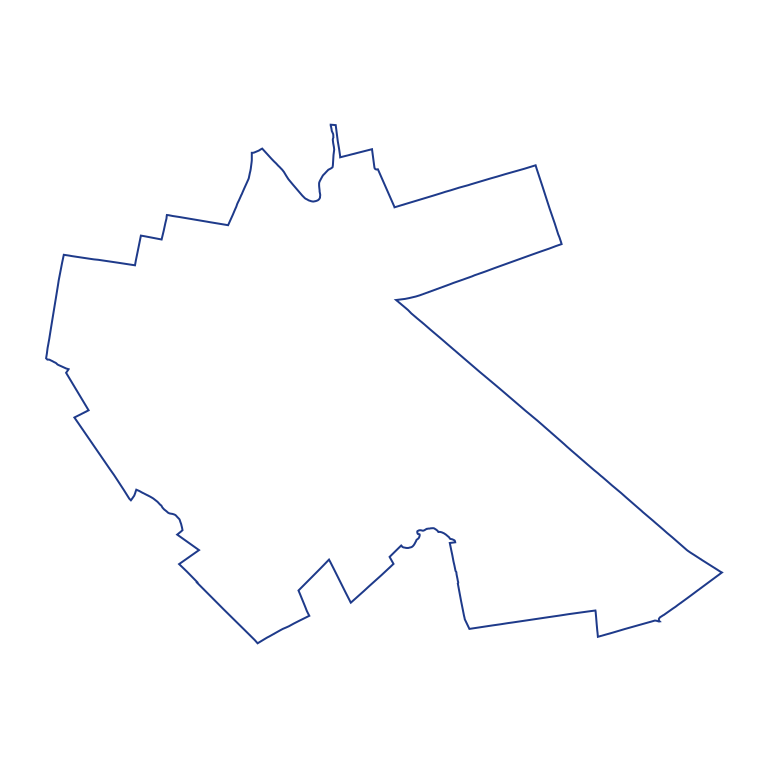 outline of Albesti-Paleologu, Prahova, Romania
{"feature_id": "2599482B19983322409894", "entity_name": "Albesti-Paleologu", "entity_type": "district", "adm_level": 2, "iso_a3": "ROU", "parent_name": "Romania", "parent_adm1": "Prahova", "projection": "equal_earth", "projection_center": [26.24, 44.93], "detail": "fine", "context": "isolated", "style": "outline", "palette": "blue", "viewbox_px": 768, "rotation_deg": 0, "n_neighbors": 0, "source": "geoboundaries", "source_scale": "gbopen_adm2", "svg_char_len": 6043}
<svg xmlns="http://www.w3.org/2000/svg" viewBox="0 0 768 768"><path d="M721.9,572.5L720.4,571.7L717.6,569.9L702.4,560.3L694.4,555.1L690.6,552.7L687.7,550.7L686.8,550.0L672.4,537.4L667.0,532.9L663.3,529.6L660.4,527.1L655.4,522.8L652.9,520.6L642.5,511.8L641.7,511.0L636.5,506.5L626.4,497.7L621.0,492.9L612.1,485.5L602.7,477.3L600.7,475.7L598.0,473.3L594.3,470.3L588.1,465.0L581.2,459.0L571.8,450.9L566.9,446.6L564.3,444.2L537.6,420.8L525.3,410.6L499.3,388.3L479.6,371.8L459.1,354.2L447.0,343.8L441.1,338.7L434.6,333.2L430.0,329.3L423.8,323.9L417.3,318.5L411.3,313.4L408.0,310.0L396.1,300.0L405.1,298.9L409.1,298.1L415.9,296.5L419.8,295.3L449.9,284.3L453.5,282.9L460.7,280.4L472.2,276.3L474.5,275.3L485.4,271.5L494.5,268.1L531.2,254.9L540.2,251.7L549.2,248.6L555.8,246.1L561.6,244.1L561.3,243.0L561.2,242.6L559.4,237.2L558.2,234.3L554.8,223.6L549.6,208.5L548.1,203.9L542.6,186.8L539.1,176.2L536.6,168.6L535.6,165.3L524.2,168.8L505.1,174.2L497.1,176.6L490.7,178.4L470.6,184.4L468.5,185.1L459.3,187.6L450.7,190.3L445.4,191.8L441.4,193.1L433.0,195.7L394.5,207.3L394.3,206.6L377.9,169.3L376.3,169.5L376.2,169.5L375.0,168.8L374.7,168.4L374.4,167.3L372.0,149.2L340.2,157.3L340.2,157.0L340.0,155.2L339.1,149.0L337.8,141.4L335.7,125.1L330.7,124.7L330.7,125.5L330.8,126.0L331.1,126.8L331.2,127.6L331.5,128.9L331.7,130.4L331.8,131.0L332.1,131.6L332.3,132.1L333.1,133.9L333.2,134.5L333.3,135.1L333.3,136.0L333.3,136.7L333.4,137.4L333.0,138.5L332.8,139.7L332.9,140.7L333.2,143.2L333.9,147.0L334.2,149.6L333.5,155.1L332.9,165.0L332.7,166.5L332.5,167.3L331.3,168.2L329.5,169.2L328.4,169.7L325.9,172.3L324.8,173.5L323.1,175.2L322.5,176.1L320.8,179.2L319.8,181.1L319.3,182.3L319.1,183.2L319.1,185.5L319.2,186.9L319.6,190.5L319.6,191.5L320.2,194.6L320.2,195.5L320.0,196.9L320.0,197.7L319.6,198.4L319.2,199.1L318.7,199.6L318.0,200.2L316.9,200.7L315.7,201.1L313.6,201.5L312.8,201.5L312.1,201.4L311.2,201.2L309.4,200.6L308.5,200.3L307.6,199.7L305.8,198.8L305.0,198.3L302.3,195.6L292.8,184.5L288.4,179.2L286.1,175.6L283.9,171.9L282.1,169.6L281.0,168.5L279.6,167.0L278.3,165.8L276.1,163.4L274.0,161.4L271.5,158.8L262.2,148.6L260.7,149.4L258.8,150.6L254.0,152.6L252.9,152.8L251.8,152.8L251.8,154.0L251.8,155.0L251.8,155.5L251.8,156.9L251.8,160.2L251.6,162.2L250.7,169.2L250.6,169.5L250.4,170.8L249.9,172.8L248.8,178.1L248.5,179.0L246.8,182.8L244.3,188.3L242.6,192.2L241.6,194.6L241.4,194.8L240.5,196.9L238.7,200.9L238.3,201.6L237.2,204.0L236.3,206.7L235.3,208.9L234.1,211.7L232.8,214.8L230.4,220.1L228.1,225.2L225.2,224.7L210.0,222.2L206.6,221.6L179.3,217.0L172.7,216.0L168.7,215.2L166.9,215.0L166.7,216.0L166.5,218.4L165.4,222.9L163.7,230.8L161.6,239.5L156.4,238.5L144.9,236.3L140.9,235.6L137.4,252.9L135.8,260.7L135.0,265.3L118.6,262.8L102.3,260.4L98.3,259.8L94.1,259.4L92.0,259.1L71.9,256.1L69.2,255.6L63.8,254.8L62.1,262.8L58.7,280.4L58.0,285.0L55.8,298.6L55.4,301.0L52.4,319.3L50.5,331.0L49.3,338.6L48.1,345.3L47.6,347.9L46.9,353.4L46.1,358.3L47.4,359.6L48.7,359.6L49.5,359.7L50.4,360.2L52.5,361.2L54.1,362.1L55.2,362.6L55.6,362.8L56.3,363.3L57.5,364.5L58.9,365.2L60.7,366.0L66.2,368.5L68.6,369.2L68.5,369.4L66.1,372.8L88.6,410.3L74.4,417.5L106.7,464.5L110.0,469.3L114.1,475.1L123.9,490.1L129.3,498.7L130.9,500.3L131.6,499.4L133.0,497.4L134.2,495.7L135.2,493.1L135.6,491.7L136.3,489.7L139.1,490.9L140.6,491.7L141.6,492.3L150.1,496.6L152.0,497.7L153.3,498.5L157.5,501.8L160.2,504.7L160.7,505.1L161.3,505.5L162.4,507.5L164.1,509.4L166.4,511.2L168.2,512.8L169.5,513.4L170.5,513.6L172.4,513.9L174.3,514.5L175.5,515.1L176.2,515.8L177.0,516.7L179.3,519.1L179.6,519.6L180.5,522.3L181.1,523.9L182.1,528.0L182.5,530.2L180.8,531.7L177.2,534.6L199.0,550.1L179.1,564.1L186.8,571.5L197.3,582.2L196.9,582.5L200.5,586.1L223.7,609.4L238.0,623.5L243.8,629.2L254.8,640.1L257.6,643.3L264.2,639.3L267.4,637.4L269.0,636.6L280.2,630.3L282.8,628.9L286.1,627.5L288.8,626.3L293.7,623.6L299.0,620.9L308.9,616.0L309.3,615.8L308.4,614.1L306.8,610.9L305.6,607.8L304.4,604.8L300.1,594.3L298.5,590.5L318.5,570.4L323.2,565.6L329.0,559.6L330.3,562.0L334.1,569.5L345.8,592.9L350.0,601.1L350.6,602.4L350.8,602.7L363.8,591.1L368.9,586.4L381.5,575.1L393.5,563.9L389.6,556.9L401.2,545.5L401.8,546.1L402.3,546.8L402.7,547.1L403.0,547.2L403.9,547.5L404.8,547.6L405.5,547.8L406.2,547.9L407.0,548.0L408.7,547.9L409.5,547.6L410.9,547.3L411.7,547.0L412.3,546.6L412.8,546.2L413.7,545.2L414.5,544.0L416.1,541.0L416.4,540.1L416.8,539.7L417.5,539.1L417.9,538.9L418.3,538.5L418.9,537.8L419.4,536.6L419.7,535.2L419.6,534.6L419.6,534.4L419.3,534.2L418.0,534.0L417.7,533.7L417.3,532.7L417.3,532.2L417.3,531.8L417.3,531.4L417.5,531.1L418.9,530.4L420.0,530.2L421.1,530.3L422.4,530.6L422.9,530.7L423.5,530.6L424.0,530.4L424.6,530.1L425.3,529.7L426.6,528.9L427.1,528.9L428.1,528.6L429.3,528.6L430.8,528.3L432.5,528.2L433.4,528.2L434.0,528.3L434.5,528.6L435.8,529.4L436.7,530.1L437.6,530.8L438.0,531.6L438.3,531.9L438.6,532.0L439.6,531.9L440.0,531.9L440.4,532.0L441.7,532.3L442.6,532.7L443.8,533.2L444.4,533.6L445.8,534.5L449.2,537.4L449.6,538.1L449.8,538.5L450.0,538.7L450.4,538.9L451.8,539.2L452.6,539.4L453.3,539.8L454.0,540.1L454.5,540.4L454.8,540.8L455.0,541.3L455.2,542.3L449.8,543.0L451.2,549.9L452.3,555.1L453.5,561.5L454.4,565.4L455.5,570.8L455.8,571.4L456.1,571.7L456.3,572.1L456.4,572.7L456.5,574.0L456.8,575.6L457.5,579.0L457.8,580.8L458.2,582.2L458.2,582.5L458.2,582.9L458.1,583.1L457.8,583.4L461.1,601.1L463.0,610.6L464.0,615.7L464.5,617.7L464.8,619.3L468.4,626.8L469.4,628.9L492.6,625.4L500.4,624.3L508.0,623.1L512.4,622.5L528.0,620.2L548.2,617.2L554.4,616.3L559.3,615.6L568.3,614.2L588.6,611.4L595.4,610.5L595.6,611.5L595.9,614.8L596.1,617.0L596.7,624.3L597.3,630.9L597.5,632.5L597.9,636.8L612.8,632.6L619.2,630.7L624.9,629.0L652.7,621.2L654.0,620.8L654.7,620.6L655.4,620.6L656.2,620.7L659.0,621.5L659.7,621.4L659.2,620.9L659.0,620.5L658.9,619.8L658.9,618.9L659.5,617.9L660.0,617.3L661.3,616.5L663.1,615.3L663.6,615.1L672.8,608.6L675.5,606.8L678.1,604.8L682.7,601.5L690.2,596.0L694.1,593.1L697.3,590.7L703.0,586.5L716.9,576.2L718.7,574.9L721.9,572.5Z" fill="none" stroke="#1e3a8a" stroke-width="2"/></svg>